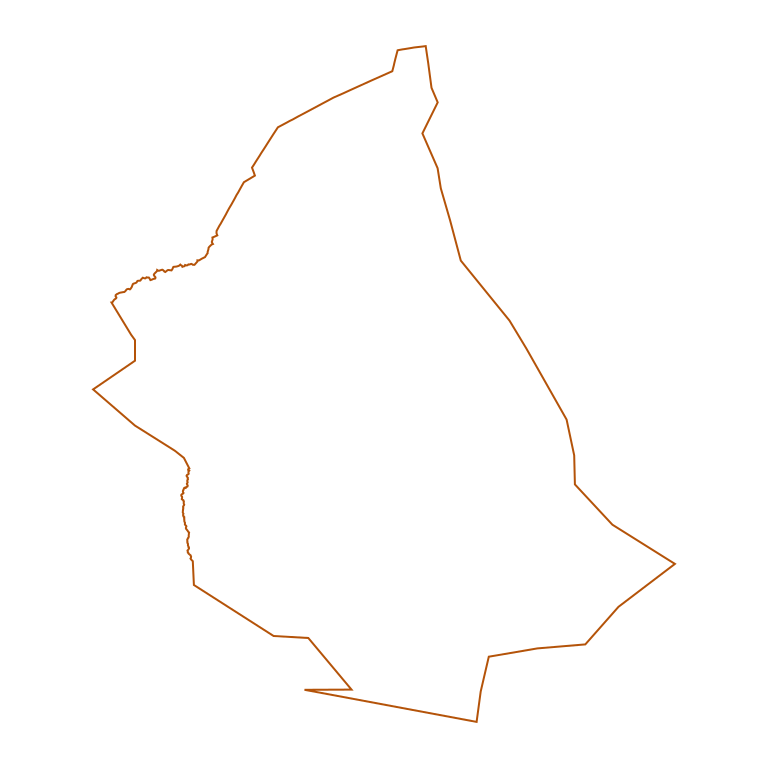 the district of Bayandun, Dornod, Mongolia
{"feature_id": "93677404B6552639401597", "entity_name": "Bayandun", "entity_type": "district", "adm_level": 2, "iso_a3": "MNG", "parent_name": "Mongolia", "parent_adm1": "Dornod", "projection": "robinson", "projection_center": [113.06, 49.385], "detail": "fine", "context": "isolated", "style": "outline", "palette": "amber", "viewbox_px": 768, "rotation_deg": 0, "n_neighbors": 0, "source": "geoboundaries", "source_scale": "gbopen_adm2", "svg_char_len": 5936}
<svg xmlns="http://www.w3.org/2000/svg" viewBox="0 0 768 768"><path d="M304.5,689.8L476.6,721.9L480.7,691.5L488.8,656.7L537.4,648.4L585.3,644.4L618.5,606.8L674.9,563.9L612.4,524.7L574.9,484.4L574.2,455.4L566.6,419.6L526.4,348.6L509.5,320.6L460.8,260.6L450.1,220.4L440.8,188.3L437.6,168.2L422.4,133.4L437.7,102.4L431.5,87.8L428.2,63.0L425.7,46.1L422.8,46.5L418.3,47.0L414.0,47.5L411.2,48.0L405.7,48.9L403.8,49.2L402.9,49.3L397.9,50.2L397.6,50.3L395.4,58.7L394.3,63.2L393.8,65.5L393.2,67.8L392.3,71.2L371.2,80.6L361.5,85.0L349.6,90.4L343.3,93.3L333.5,97.6L328.5,100.3L322.3,103.6L297.9,116.6L292.7,119.5L289.6,121.0L287.1,122.4L277.9,127.3L273.3,134.3L269.9,139.6L267.6,143.2L264.1,148.7L261.4,152.8L259.5,155.9L255.9,161.5L254.0,164.6L252.0,167.6L252.4,168.7L253.6,171.9L254.9,175.6L243.9,182.2L241.5,186.4L239.4,190.2L238.2,192.4L236.5,195.1L234.9,198.2L231.4,204.5L229.3,208.0L228.2,210.0L226.5,213.2L225.9,214.4L222.9,219.7L220.5,224.0L219.4,225.7L217.8,228.7L216.6,230.9L216.5,232.1L216.5,233.2L216.8,234.1L217.3,235.4L213.7,237.0L212.4,237.5L212.6,238.8L212.6,239.3L212.5,239.8L211.8,242.0L212.3,243.1L212.9,244.0L211.7,244.5L210.8,245.3L209.1,247.0L208.5,248.0L208.5,249.0L207.9,251.0L207.6,252.1L207.6,253.3L206.9,254.1L205.0,257.1L201.8,258.7L200.8,259.3L199.2,260.3L198.8,260.3L197.4,260.3L197.5,261.4L195.3,263.9L194.5,264.8L193.2,264.8L192.9,264.8L192.0,264.2L191.4,263.9L190.8,264.0L189.6,264.5L188.4,264.4L187.6,265.2L186.9,265.4L186.4,265.4L185.1,265.0L184.7,266.0L184.4,266.2L183.1,266.5L182.4,266.8L181.9,265.7L180.9,265.2L180.3,264.6L179.6,265.3L178.7,265.9L177.4,266.3L176.2,266.6L173.9,266.8L173.4,266.9L172.9,267.9L172.4,269.1L171.5,270.4L168.4,270.0L167.8,270.1L167.3,270.4L165.3,272.0L164.6,271.7L164.2,271.4L163.9,270.8L163.4,270.5L162.8,269.9L162.2,269.7L160.9,270.1L158.9,270.8L158.3,270.7L157.2,270.0L157.1,270.6L156.9,271.2L154.3,273.8L153.8,274.9L154.0,275.4L154.4,276.0L155.4,277.2L155.5,277.8L155.2,278.5L154.9,278.7L153.7,278.8L152.8,279.2L151.7,279.7L150.4,280.1L149.5,278.4L148.8,277.5L147.4,277.5L146.5,277.3L146.3,277.5L145.8,278.1L145.3,278.4L145.1,278.4L144.1,278.2L142.8,277.7L141.2,279.3L140.6,280.3L140.1,280.7L139.4,280.7L137.9,280.8L137.4,281.0L137.1,281.5L136.6,282.4L136.2,282.7L135.0,283.2L133.4,283.7L132.8,284.2L132.4,285.3L132.0,286.3L131.6,287.3L130.4,289.0L129.9,289.4L129.2,289.1L128.5,288.9L127.8,289.0L127.1,289.2L126.7,289.4L126.1,290.1L125.4,291.1L124.3,292.0L123.3,292.1L121.7,292.4L120.5,292.6L119.3,292.9L118.1,293.6L116.9,294.1L115.7,295.1L115.6,296.0L115.6,296.4L115.7,296.5L116.4,297.4L116.4,297.8L116.0,298.4L114.3,299.6L113.6,300.5L112.3,302.4L111.5,302.5L131.1,334.7L135.0,340.1L135.0,360.7L93.1,389.4L135.0,425.6L174.8,450.7L183.9,457.9L189.3,468.4L188.6,468.7L188.2,469.3L188.1,469.6L188.1,469.8L188.2,470.1L188.8,470.3L189.3,470.6L189.2,470.8L188.7,471.0L188.5,471.5L188.4,472.0L188.5,472.8L188.7,473.6L188.6,473.9L188.4,474.2L187.9,474.5L187.4,474.7L187.1,475.0L186.9,475.1L186.8,475.4L186.6,475.6L186.6,476.0L187.1,476.8L187.5,477.4L187.8,477.6L187.7,478.4L187.7,478.7L188.0,479.1L187.9,479.5L187.7,479.7L187.4,480.1L187.4,480.3L187.4,480.5L187.2,481.0L187.3,481.3L187.5,481.7L187.6,482.4L187.6,482.6L187.4,482.9L187.1,483.2L186.9,483.5L186.9,483.9L187.1,484.5L187.4,484.9L187.6,485.2L187.7,485.5L187.6,485.8L187.6,486.2L187.4,486.6L186.8,486.8L186.4,486.9L186.0,487.2L185.9,487.8L185.6,488.0L185.4,487.9L185.0,487.8L184.6,487.7L184.3,487.9L184.1,488.1L184.0,488.5L183.9,488.7L183.7,489.0L183.6,489.8L183.2,490.1L183.1,490.3L183.0,490.9L182.9,491.2L182.9,491.5L183.0,491.9L183.1,492.4L183.5,492.9L183.4,493.3L183.2,493.5L182.4,493.9L181.7,494.4L181.4,494.7L181.3,495.0L181.3,495.3L181.3,495.7L181.5,496.1L182.0,496.6L182.1,497.1L182.1,497.5L182.0,498.3L181.8,498.9L181.8,499.2L182.2,499.5L182.6,499.8L183.0,500.0L183.3,500.2L183.5,500.4L183.4,500.8L183.5,501.1L183.8,501.4L183.9,501.8L183.8,502.0L183.7,502.8L183.7,503.2L183.8,503.7L183.8,503.9L184.2,504.6L184.1,505.0L183.9,505.4L183.7,505.6L183.4,506.0L183.2,506.4L183.1,506.8L183.2,507.0L183.3,507.2L183.3,507.4L183.2,507.7L183.1,507.9L183.1,508.1L183.2,508.5L183.3,508.8L183.2,509.1L183.0,509.4L183.0,509.6L183.0,509.9L182.9,510.3L183.0,510.6L182.9,511.0L182.8,512.0L182.8,512.3L182.8,512.6L183.1,513.1L183.2,513.4L183.4,513.7L183.3,513.9L183.2,514.3L183.1,514.8L183.1,515.2L183.3,515.4L183.4,515.7L183.3,516.0L183.4,516.3L183.6,516.7L184.0,516.8L184.3,517.1L184.3,517.4L184.2,517.6L184.1,517.8L184.1,518.2L184.2,518.4L184.3,518.7L184.2,518.9L184.2,519.1L184.2,519.4L184.2,519.6L184.4,520.0L184.3,520.3L184.3,520.5L184.3,520.8L184.3,521.1L184.4,521.4L184.6,522.0L184.8,522.4L185.0,522.8L185.0,523.1L184.9,523.8L184.9,524.0L184.9,524.3L184.9,524.5L185.1,524.8L185.7,525.4L186.0,525.6L186.3,526.1L186.4,526.3L186.3,526.7L186.2,526.9L186.0,527.2L185.9,527.8L185.9,528.3L186.1,528.8L186.2,529.0L186.5,529.3L186.8,529.7L187.3,530.3L187.8,531.0L188.0,531.4L188.3,531.8L188.8,532.2L189.1,532.6L188.9,533.2L188.9,533.5L188.9,533.8L188.8,534.6L188.7,535.6L188.7,536.1L188.8,536.4L188.7,537.0L188.4,537.5L188.4,537.8L188.1,538.1L187.9,538.2L187.8,538.5L187.7,539.0L187.4,539.2L187.2,539.7L187.2,540.0L187.3,540.4L187.4,540.9L187.3,541.8L187.5,542.0L187.5,542.4L187.4,542.7L187.5,543.1L187.6,543.3L187.9,543.6L187.9,543.9L188.0,544.4L188.0,544.8L187.9,545.2L188.0,545.6L188.2,545.9L188.3,546.3L188.4,546.5L188.6,546.7L188.7,546.9L188.7,547.2L188.6,547.4L188.7,547.5L189.0,547.8L189.0,548.3L189.0,548.5L188.6,549.1L188.5,549.4L188.3,549.6L188.1,549.9L187.8,550.2L187.5,550.5L187.5,550.8L187.6,551.0L187.8,551.3L187.8,551.6L187.8,551.9L187.8,552.1L187.8,552.4L187.8,552.6L188.0,552.8L188.3,552.9L188.5,553.1L188.6,553.3L188.6,553.6L188.7,553.8L189.0,554.0L189.7,554.6L190.1,554.9L190.5,555.2L190.6,555.7L190.9,556.0L191.1,556.6L191.0,557.1L191.0,557.5L190.9,558.0L190.5,558.5L190.8,559.1L191.5,559.9L192.8,561.2L193.9,585.0L273.6,636.0L308.3,638.0L351.5,689.6L304.5,689.8Z" fill="none" stroke="#b45309" stroke-width="2"/></svg>